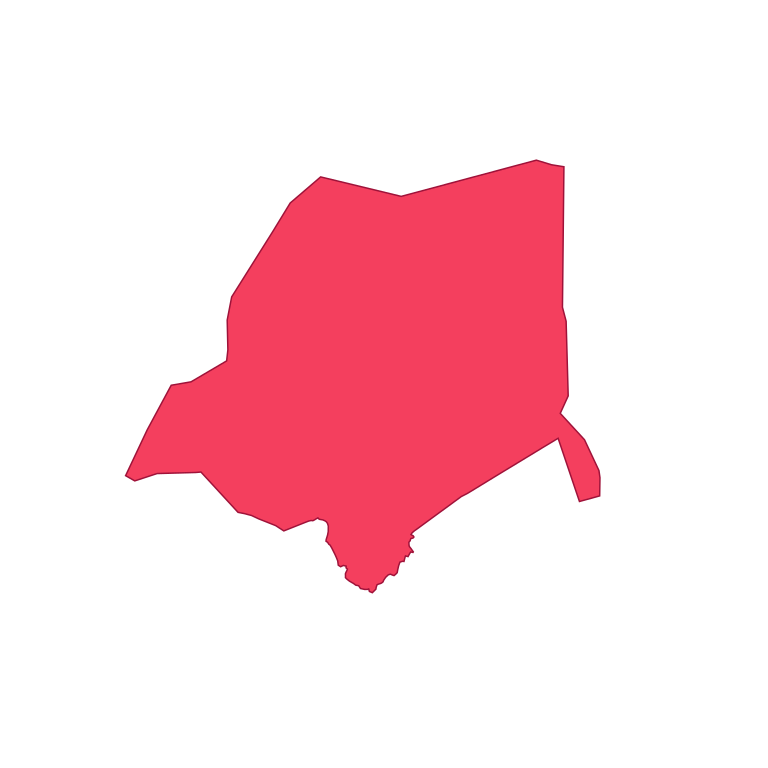 San Miguel Ahuehuetitlán, Oaxaca, Mexico, rotated 328°
{"feature_id": "50627088B72603284023159", "entity_name": "San Miguel Ahuehuetitlán", "entity_type": "district", "adm_level": 2, "iso_a3": "MEX", "parent_name": "Mexico", "parent_adm1": "Oaxaca", "projection": "albers", "projection_center": [-98.356, 17.679], "detail": "fine", "context": "isolated", "style": "filled", "palette": "rose", "viewbox_px": 768, "rotation_deg": 328, "n_neighbors": 0, "source": "geoboundaries", "source_scale": "gbopen_adm2", "svg_char_len": 1887}
<svg xmlns="http://www.w3.org/2000/svg" viewBox="0 0 768 768"><g transform="rotate(328 384 384)"><path d="M440.0,174.8L400.4,180.8L370.0,196.0L309.1,225.5L301.0,229.4L284.9,246.7L269.7,272.3L262.8,281.0L221.5,279.9L202.9,272.3L158.9,297.4L116.3,324.8L121.3,334.1L144.1,339.7L158.1,347.9L162.5,350.5L177.5,359.3L181.8,361.5L182.1,361.6L192.2,415.5L197.2,420.2L199.5,422.7L201.9,425.2L206.3,432.0L217.1,446.7L221.2,455.5L243.2,459.5L247.4,460.3L249.8,461.1L251.2,462.2L251.7,462.3L253.1,462.4L255.1,462.4L257.0,462.5L257.4,464.4L258.5,465.4L260.1,466.8L261.5,468.9L262.1,470.3L262.2,472.3L261.5,474.9L258.5,479.6L256.1,482.2L252.5,485.3L251.5,486.6L252.3,488.4L252.3,490.7L252.9,492.1L252.8,495.4L252.3,500.6L252.1,502.7L251.7,505.6L251.0,509.5L249.2,513.4L250.4,516.0L253.3,516.3L255.4,518.4L254.4,519.8L254.9,521.6L253.7,522.5L251.9,523.6L250.7,524.5L249.6,526.4L248.7,527.8L249.1,529.7L250.2,532.8L251.5,535.3L252.5,537.1L252.8,538.0L253.5,539.7L255.6,541.6L255.7,545.0L258.8,548.0L261.1,549.4L262.4,549.7L261.7,552.2L263.5,554.8L268.4,553.7L269.5,552.4L271.6,550.6L273.0,550.7L275.1,551.3L276.5,551.5L278.3,551.3L279.8,550.2L283.0,548.8L286.6,548.1L288.7,548.7L289.7,550.2L290.4,551.1L291.0,551.8L293.2,551.5L295.2,551.0L297.3,548.7L300.2,545.8L303.1,543.5L305.8,544.2L306.9,545.1L309.9,542.2L311.1,541.2L312.9,543.1L315.4,541.7L317.6,540.6L319.3,542.2L319.9,541.9L319.7,538.1L319.4,535.3L319.7,534.2L321.2,531.4L323.1,530.8L323.9,530.0L324.9,529.3L326.3,529.8L327.3,530.0L328.3,529.6L328.3,528.2L327.5,526.8L327.1,526.0L329.0,525.1L332.1,524.6L334.4,524.5L335.9,524.4L390.1,520.4L390.9,520.5L397.0,521.0L427.2,521.3L484.5,522.0L502.9,522.3L490.6,574.1L487.5,587.2L507.6,593.2L517.5,577.9L520.4,571.4L524.5,537.5L517.9,502.3L533.9,491.7L571.7,427.3L576.0,413.5L651.7,295.1L642.2,286.8L631.8,274.9L498.0,234.0L440.0,174.8Z" fill="#f43f5e" stroke="#9f1239" stroke-width="1.5"/></g></svg>